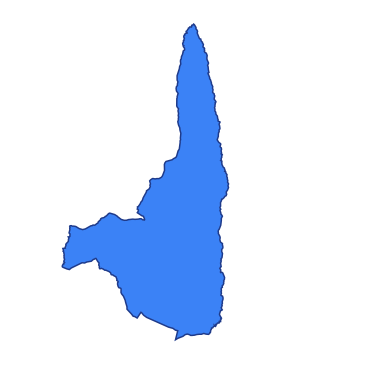 Água Clara, Mato Grosso do Sul, Brazil, rotated 216°
{"feature_id": "56859067B67958328223895", "entity_name": "Água Clara", "entity_type": "district", "adm_level": 2, "iso_a3": "BRA", "parent_name": "Brazil", "parent_adm1": "Mato Grosso do Sul", "projection": "albers", "projection_center": [-52.844, -20.147], "detail": "fine", "context": "isolated", "style": "filled", "palette": "blue", "viewbox_px": 384, "rotation_deg": 216, "n_neighbors": 0, "source": "geoboundaries", "source_scale": "gbopen_adm2", "svg_char_len": 6002}
<svg xmlns="http://www.w3.org/2000/svg" viewBox="0 0 384 384"><g transform="rotate(216 192 192)"><path d="M253.4,55.7L252.7,55.2L251.9,55.3L248.1,56.2L245.6,57.2L245.0,59.6L239.4,70.1L237.1,71.5L236.0,73.5L232.8,76.8L232.2,79.4L231.3,80.6L231.2,81.3L230.6,81.8L227.2,80.3L225.8,80.1L225.3,79.6L224.5,78.1L223.1,77.3L222.5,76.2L221.6,75.7L220.9,76.2L220.6,76.9L218.3,77.5L216.8,77.4L215.7,78.1L212.1,78.9L210.4,78.8L208.9,77.7L208.1,77.9L207.4,78.4L206.3,78.3L203.7,78.7L201.5,77.3L200.9,76.3L199.2,76.2L198.8,75.6L198.9,75.0L198.1,73.7L196.3,72.2L195.0,71.6L193.2,72.2L192.4,71.9L190.4,69.0L189.0,68.2L186.2,67.4L182.5,65.2L180.8,63.7L177.1,60.9L175.7,59.0L169.2,57.7L166.6,56.9L165.0,57.6L162.3,57.8L162.6,64.7L161.6,64.7L158.7,63.9L155.0,63.9L131.5,68.9L127.3,70.5L124.2,70.5L122.0,71.4L118.5,62.8L117.4,65.4L114.5,69.9L113.7,72.6L112.3,74.3L110.2,75.1L108.8,75.2L107.8,75.9L105.7,77.8L104.4,79.5L102.5,81.2L100.8,82.4L99.3,84.5L97.3,85.2L95.0,86.5L94.5,87.9L94.9,88.8L94.6,89.3L95.6,91.2L95.8,92.9L96.2,93.4L95.4,94.3L95.5,95.5L95.0,96.7L95.5,97.2L94.1,97.0L94.0,97.7L94.2,98.2L94.9,98.8L94.3,99.2L94.4,100.9L93.1,101.9L93.1,102.6L93.6,102.7L93.9,103.3L92.8,104.1L93.7,105.0L93.5,105.6L93.8,106.4L94.4,106.7L94.1,107.3L96.7,108.4L97.6,108.9L98.1,109.6L99.1,112.7L98.9,113.3L98.4,113.7L98.3,114.5L99.4,114.9L100.5,115.8L100.4,116.4L100.9,117.9L101.5,118.1L102.0,119.9L103.0,120.9L104.0,123.7L105.0,124.9L106.1,125.7L107.7,125.4L108.3,126.1L108.7,127.5L109.9,128.4L110.0,129.2L111.4,130.8L111.8,131.6L111.4,132.7L112.4,133.8L112.2,135.3L112.7,136.9L113.2,137.2L113.7,138.5L114.2,138.8L114.4,140.3L115.4,142.0L119.5,144.6L120.7,144.6L121.4,143.7L122.0,144.0L122.2,144.8L123.2,146.1L124.5,146.4L124.8,148.0L124.5,148.7L127.2,151.4L127.4,152.7L128.4,153.6L128.3,154.2L128.9,154.6L129.3,155.2L129.1,156.4L131.2,160.2L132.9,161.2L134.2,163.0L134.1,164.5L134.5,165.4L135.5,166.5L136.2,166.9L137.1,168.2L139.4,168.2L141.4,169.7L142.3,171.5L143.4,172.5L146.3,173.9L147.0,175.0L147.7,175.5L148.2,176.9L148.1,177.8L149.2,182.0L151.6,186.3L152.7,187.8L153.2,190.3L154.8,191.0L155.4,191.0L156.7,192.3L158.7,193.7L158.6,195.0L159.9,195.5L160.4,196.0L160.5,197.3L162.7,200.2L163.1,202.3L163.8,203.6L163.2,204.1L162.8,206.1L162.8,207.9L162.2,209.1L162.7,210.7L163.5,211.1L164.4,212.5L164.3,214.1L165.1,217.1L166.6,218.2L167.1,219.8L167.6,220.4L168.8,220.6L170.0,222.6L170.9,223.0L171.7,224.2L173.1,225.1L174.0,226.7L175.5,227.1L176.7,228.2L177.7,227.9L178.0,229.1L178.7,229.3L179.9,230.4L181.5,230.5L184.3,232.1L184.8,233.0L185.4,233.4L185.9,234.5L187.2,234.3L187.1,235.0L188.1,236.3L188.4,237.9L189.0,238.3L189.4,239.3L189.3,239.9L189.7,240.1L190.2,239.7L190.9,240.0L191.0,240.9L192.7,242.5L193.2,243.9L194.2,244.9L195.5,245.0L196.1,245.4L196.8,247.5L197.3,247.9L199.5,247.9L202.3,249.0L203.5,252.7L204.1,253.4L205.4,255.6L205.4,256.6L206.6,258.2L206.5,259.3L206.8,259.9L208.7,261.9L209.7,262.5L210.1,263.2L210.3,264.8L210.8,265.2L212.1,264.7L212.7,264.8L213.6,266.1L214.3,266.4L216.1,268.3L218.3,269.0L219.8,270.6L221.1,271.0L222.2,272.6L223.4,273.5L223.7,274.8L224.6,275.9L225.1,277.3L225.7,277.7L225.5,278.6L225.8,279.2L228.5,280.1L229.0,280.7L230.1,283.2L230.9,283.5L231.9,284.5L233.5,284.6L234.0,284.9L235.1,287.1L236.4,288.0L237.2,289.5L240.0,291.0L240.3,291.6L243.1,293.7L244.4,294.1L244.7,294.7L246.1,295.7L248.7,297.3L249.0,297.8L248.5,298.6L250.5,300.4L252.5,302.7L253.9,303.7L254.2,305.5L254.5,306.1L257.7,308.0L258.7,309.1L260.0,311.4L261.7,312.5L262.9,312.8L263.5,312.5L264.8,313.1L265.1,314.2L266.2,314.9L266.2,315.5L267.0,315.8L268.4,315.8L269.6,318.2L271.1,318.6L271.5,319.3L273.2,319.5L274.9,320.9L275.5,320.5L276.3,320.6L280.7,323.3L281.3,323.8L282.0,325.3L283.3,326.0L284.7,326.3L285.5,327.5L288.3,328.7L289.4,328.8L289.4,327.6L290.0,327.2L290.2,326.5L289.7,326.0L289.4,325.2L290.8,324.3L290.8,323.1L291.2,322.6L290.9,322.1L291.0,321.0L290.8,319.6L291.2,318.5L290.5,317.8L289.9,318.1L289.4,317.8L290.2,316.8L290.7,315.2L290.1,314.7L290.4,313.7L289.8,312.5L288.6,312.0L288.3,310.9L287.6,310.0L287.9,309.3L287.0,308.2L287.0,306.9L286.4,306.2L285.2,305.2L284.6,305.4L284.6,304.7L284.1,304.4L282.8,304.1L281.7,302.9L281.5,302.4L282.0,301.1L281.8,300.4L281.3,300.0L281.3,299.4L280.6,297.9L280.1,295.3L278.9,293.3L279.0,292.5L278.3,291.1L276.3,288.9L275.8,286.3L274.7,284.3L272.4,277.3L269.8,273.8L268.1,272.8L267.3,270.8L266.4,269.6L266.5,268.0L265.7,266.4L264.0,264.6L261.2,263.6L260.1,260.4L259.4,259.6L259.2,258.7L254.9,252.6L253.4,251.8L251.9,251.5L251.0,249.4L249.1,247.7L248.0,245.6L246.9,244.8L246.4,243.6L245.4,242.3L244.8,240.5L242.3,238.3L239.6,236.7L238.2,235.1L235.5,232.9L233.1,228.8L231.9,227.5L231.7,226.4L230.7,225.1L227.5,219.2L227.4,217.1L225.5,211.9L225.4,210.4L226.6,208.0L227.0,206.4L231.0,201.4L231.0,199.5L230.5,198.0L226.9,193.3L225.6,188.6L225.3,187.0L225.5,185.7L226.6,183.4L228.3,182.2L229.5,180.9L231.6,179.9L232.0,179.3L232.6,177.7L232.8,176.1L230.3,174.1L230.1,172.8L229.0,172.0L228.7,170.6L228.5,169.3L229.5,166.2L228.9,165.1L228.1,158.7L227.2,155.8L227.4,153.7L227.0,152.2L226.9,148.6L227.4,147.9L226.5,146.9L226.3,146.0L225.0,146.1L224.2,144.8L224.1,143.1L218.7,143.3L217.0,143.8L214.2,142.0L214.0,141.4L215.7,140.5L217.1,140.6L218.3,139.9L219.5,138.5L222.0,136.4L224.0,135.2L227.2,132.3L228.2,130.8L230.3,129.2L233.2,128.2L237.6,128.3L238.2,128.5L241.3,128.3L246.1,126.6L246.8,125.5L247.2,122.3L247.9,121.1L247.8,120.3L248.4,119.3L249.7,117.8L250.1,116.6L249.7,115.8L250.3,112.8L249.9,111.5L250.5,110.3L250.9,108.6L251.4,107.8L252.7,107.1L252.8,106.4L254.0,105.1L256.6,99.4L258.4,97.3L261.7,96.1L265.7,95.8L267.6,94.9L268.4,94.2L269.9,93.8L270.8,93.0L270.5,91.9L269.8,91.6L269.6,90.8L268.7,89.8L267.4,86.6L266.1,86.4L264.7,84.3L264.8,83.8L265.7,82.9L264.6,82.5L264.2,81.2L263.0,79.3L263.4,76.1L263.2,75.3L262.7,75.0L262.0,72.5L261.5,72.1L263.3,70.4L261.7,69.3L261.5,68.3L260.7,68.2L258.2,65.8L258.2,65.2L257.0,64.1L256.9,63.5L255.6,62.8L255.0,60.6L253.6,60.0L254.1,58.8L253.4,58.5L253.8,57.0L253.4,55.7Z" fill="#3b82f6" stroke="#1e3a8a" stroke-width="1.5"/></g></svg>